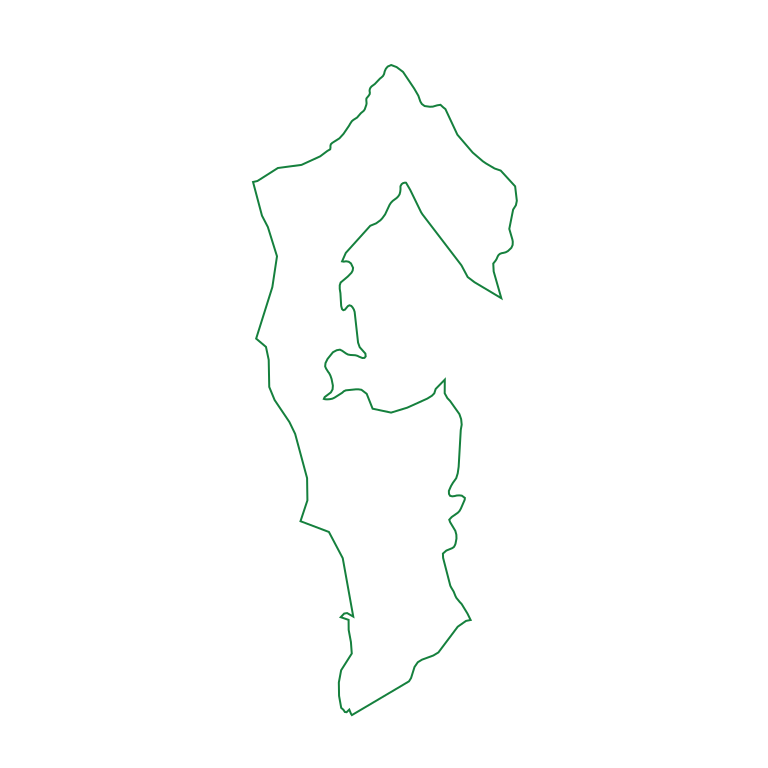 the Province of South Lebanon, rotated 325°
{"feature_id": "LBN-3060", "entity_name": "South Lebanon", "entity_type": "Province", "adm_level": 1, "iso_a3": "LBN", "parent_name": "Lebanon", "parent_adm1": "", "projection": "albers", "projection_center": [35.407, 33.345], "detail": "fine", "context": "isolated", "style": "outline", "palette": "green", "viewbox_px": 768, "rotation_deg": 325, "n_neighbors": 0, "source": "natural_earth", "source_scale": "10m", "svg_char_len": 3430}
<svg xmlns="http://www.w3.org/2000/svg" viewBox="0 0 768 768"><g transform="rotate(325 384 384)"><path d="M319.6,627.0L315.3,625.1L305.2,625.1L274.6,635.1L268.7,634.7L257.0,631.6L252.1,631.3L246.7,633.3L237.5,640.4L233.9,641.9L167.8,636.8L167.8,635.2L168.8,630.8L165.1,631.4L163.8,630.2L163.9,627.7L163.2,624.7L168.3,613.7L175.8,602.6L184.7,593.9L203.0,586.3L208.9,576.4L214.0,565.2L219.7,556.9L214.8,550.2L219.7,549.2L222.4,550.5L225.4,556.9L250.3,503.0L254.0,473.6L236.9,448.5L254.5,435.4L267.0,417.0L282.6,373.9L284.7,360.9L285.2,334.4L288.3,320.6L303.4,298.1L308.6,285.9L305.3,273.5L348.1,240.6L369.6,218.0L378.9,188.8L380.6,176.1L392.6,143.4L396.7,145.1L421.0,146.2L442.1,157.2L462.3,160.9L471.3,160.6L474.5,160.9L475.8,159.6L476.7,158.2L478.0,157.1L480.1,156.8L488.3,157.2L494.2,155.9L503.7,152.3L505.3,151.5L508.3,150.3L510.4,150.1L514.8,150.3L520.3,148.9L524.0,148.6L525.7,148.0L529.6,145.2L530.7,144.1L532.4,141.2L533.4,140.0L537.0,139.0L538.6,138.3L539.6,137.1L540.3,135.6L541.4,134.4L542.9,133.5L544.5,133.1L548.5,133.0L555.9,131.5L557.9,131.4L559.9,131.1L561.9,130.1L563.9,128.3L566.4,126.8L569.1,126.1L572.8,126.8L576.1,131.6L578.6,139.3L578.2,159.2L577.5,167.5L575.8,173.5L575.6,176.3L576.7,179.6L580.6,183.2L583.1,184.8L587.3,186.2L590.4,187.7L591.2,191.4L592.0,194.0L587.1,221.9L589.4,245.3L592.7,258.2L594.1,261.9L598.2,270.9L602.0,276.1L604.8,297.3L597.9,310.1L594.6,313.2L589.8,315.2L575.6,328.8L572.0,339.4L571.1,341.3L569.1,343.9L566.4,345.5L561.7,346.2L559.2,345.9L557.1,345.1L555.6,344.4L553.8,343.9L552.0,344.0L550.5,344.6L547.7,346.3L546.0,347.0L542.6,348.0L538.4,354.7L529.3,381.0L516.5,352.5L513.9,344.4L515.5,331.2L512.8,267.2L512.9,264.6L516.8,240.1L517.5,231.8L517.3,231.6L517.1,231.4L516.5,231.0L514.9,230.4L513.1,230.4L511.0,231.4L510.8,231.6L509.1,234.1L507.5,235.9L505.5,237.6L503.2,238.5L501.0,238.9L496.3,239.0L493.7,239.5L491.4,240.4L482.2,245.7L477.5,247.3L475.0,247.8L469.7,247.9L463.5,246.5L427.9,254.7L420.0,259.5L421.2,260.7L423.3,261.7L425.2,263.6L426.1,266.3L425.3,271.1L423.4,273.1L421.2,274.2L416.0,275.2L406.7,276.0L404.4,277.7L402.3,280.7L400.4,284.6L393.7,295.5L392.6,298.6L393.0,300.2L394.6,300.7L399.0,299.5L400.8,299.7L402.0,301.3L402.2,303.4L402.0,305.8L401.3,308.1L386.5,335.2L385.2,339.9L386.2,348.4L384.8,350.9L383.0,351.4L381.2,350.3L379.3,347.4L378.4,345.7L377.0,344.0L373.2,341.0L371.4,339.2L370.4,337.2L368.8,332.8L367.6,330.6L364.6,329.2L360.4,328.7L352.1,331.1L348.1,333.3L345.9,335.8L345.4,338.1L345.2,342.3L345.3,343.6L344.9,346.4L343.9,349.9L341.2,356.0L338.8,358.9L335.7,360.4L327.9,360.7L326.2,361.7L327.0,362.7L328.8,364.1L331.0,365.4L333.3,366.4L335.6,366.8L344.8,367.2L346.9,366.9L349.1,367.3L358.0,372.3L360.1,373.8L362.2,375.8L364.2,382.1L360.5,397.7L373.4,411.5L389.4,416.7L411.1,420.8L416.5,421.1L419.8,420.5L423.5,417.7L436.3,415.3L428.4,426.4L427.8,431.9L428.4,435.8L428.5,451.9L427.0,457.1L424.3,461.9L420.5,465.7L397.7,494.6L393.1,499.5L389.1,502.6L383.7,504.5L380.4,506.0L375.8,508.8L374.2,511.3L374.0,513.5L375.5,515.2L377.6,516.3L379.7,517.1L381.9,518.5L383.7,520.1L384.9,523.7L383.7,525.1L375.6,530.1L373.1,531.3L370.8,531.8L363.1,531.8L359.6,532.6L358.9,535.2L358.2,545.2L356.8,549.0L354.7,552.2L350.9,555.9L349.5,556.8L347.8,557.6L345.8,557.6L339.5,556.2L335.0,556.7L332.7,560.3L322.6,587.3L322.3,589.5L322.0,594.0L320.9,598.6L320.6,600.8L321.0,606.1L321.4,608.7L320.7,619.9L319.6,627.0Z" fill="none" stroke="#15803d" stroke-width="2"/></g></svg>